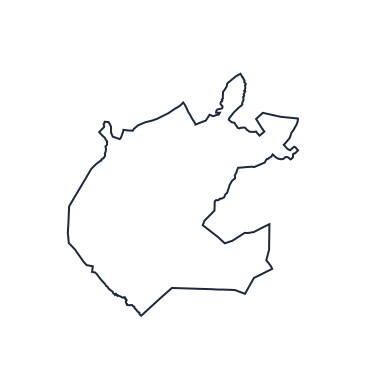 the district of Zurmi, Zamfara, Nigeria, rotated 137°
{"feature_id": "59680162B55239717258244", "entity_name": "Zurmi", "entity_type": "district", "adm_level": 2, "iso_a3": "NGA", "parent_name": "Nigeria", "parent_adm1": "Zamfara", "projection": "robinson", "projection_center": [6.653, 12.856], "detail": "fine", "context": "isolated", "style": "outline", "palette": "slate", "viewbox_px": 384, "rotation_deg": 137, "n_neighbors": 0, "source": "geoboundaries", "source_scale": "gbopen_adm2", "svg_char_len": 4177}
<svg xmlns="http://www.w3.org/2000/svg" viewBox="0 0 384 384"><g transform="rotate(137 192 192)"><path d="M137.4,263.5L140.8,263.2L144.3,263.7L147.2,264.5L153.4,265.4L155.8,265.8L162.1,267.7L167.9,269.4L170.4,270.6L171.3,270.9L171.8,271.1L177.3,274.1L178.7,274.9L186.2,277.6L191.6,277.8L193.5,277.2L197.3,281.2L199.7,284.2L201.7,282.9L207.1,280.1L208.8,280.0L212.2,286.5L210.8,290.5L206.6,295.1L205.3,299.9L207.9,302.9L209.4,302.0L210.3,302.0L211.7,299.5L219.1,299.1L219.1,294.9L218.8,291.0L219.3,289.4L219.5,287.8L219.5,286.9L220.0,286.7L220.7,285.7L221.8,284.6L224.4,284.2L225.6,282.0L227.9,280.2L229.3,279.7L229.9,278.8L231.1,277.6L231.9,277.5L234.0,277.0L235.1,277.6L235.8,277.7L236.8,276.9L237.1,277.2L242.9,277.8L249.8,277.6L291.7,265.3L302.5,254.6L310.7,246.8L316.9,238.7L316.8,229.9L318.9,214.7L318.9,210.3L315.2,205.3L319.6,201.7L317.8,199.3L317.6,197.1L318.3,190.7L318.4,183.6L318.9,181.8L318.4,180.2L318.8,178.7L318.8,177.5L318.5,175.5L318.0,173.2L318.5,172.2L318.6,171.5L318.5,170.8L318.2,170.4L318.5,169.4L317.1,169.4L317.1,168.7L317.5,168.0L317.3,166.8L317.0,166.8L316.7,167.2L316.5,166.8L316.1,165.5L315.6,164.5L315.2,163.3L314.9,162.3L314.2,161.4L313.4,161.4L313.1,161.1L312.8,160.6L313.1,159.5L313.8,159.2L313.8,158.7L313.4,157.8L313.9,157.2L314.7,157.1L315.3,156.9L315.8,155.9L316.0,155.2L315.9,154.5L316.2,154.2L316.5,154.0L316.5,153.6L316.3,153.3L315.4,152.3L314.7,151.7L312.8,150.0L313.0,148.6L312.6,148.1L312.6,146.9L313.2,146.3L313.1,145.1L313.1,143.3L313.3,141.9L313.2,140.8L312.7,139.7L313.7,138.6L313.5,136.2L310.2,136.1L306.9,136.1L285.6,135.9L272.1,135.5L254.2,117.7L244.5,108.1L239.9,103.3L235.1,98.7L227.5,91.1L222.7,81.4L205.4,86.9L185.8,81.1L185.0,83.2L184.5,87.0L184.2,91.4L175.0,97.2L157.3,115.7L160.7,116.7L166.0,118.3L174.2,120.6L179.1,123.9L181.4,126.2L188.6,127.5L195.7,128.8L203.0,132.1L203.5,138.2L203.7,141.2L204.0,143.2L206.8,160.4L202.5,162.5L188.2,163.1L181.7,169.7L179.8,169.6L179.5,169.0L179.2,168.6L178.4,168.3L177.7,167.9L177.1,167.9L176.6,168.2L176.2,168.1L175.7,167.7L175.3,167.3L174.7,166.9L172.2,166.2L171.1,166.6L169.8,167.3L168.7,167.5L166.7,167.5L159.6,171.5L155.2,172.9L151.3,172.6L150.4,173.3L149.6,174.8L146.6,175.9L144.7,176.9L141.8,178.3L131.3,170.0L129.4,167.8L118.9,164.0L114.9,165.1L114.1,164.4L113.1,164.4L112.2,164.4L111.2,164.0L110.0,163.7L107.4,164.5L107.3,163.5L107.2,161.9L107.0,160.1L106.5,158.2L105.6,156.6L104.3,155.0L102.8,154.0L101.5,153.8L99.9,153.8L98.8,153.0L98.1,151.8L98.0,150.8L97.7,148.6L97.0,148.4L95.7,148.5L94.9,148.5L94.1,148.9L93.8,149.1L93.0,150.1L92.3,150.7L91.7,150.8L90.8,150.4L90.4,150.0L86.1,150.1L85.9,153.3L86.0,154.7L86.4,155.4L91.9,155.7L92.8,158.7L92.7,163.9L91.2,164.0L84.9,164.7L83.5,165.0L78.8,167.5L75.9,168.0L69.6,170.0L66.5,171.6L64.4,173.5L75.6,186.2L76.7,187.7L86.2,201.6L95.3,201.7L97.2,192.1L97.9,186.8L104.2,187.2L104.1,191.2L103.8,192.1L104.0,192.7L105.2,193.2L106.8,194.8L108.7,196.7L109.4,199.9L109.3,202.7L110.5,204.2L111.8,205.0L112.6,205.7L114.0,206.2L114.8,207.7L114.5,209.3L114.1,212.1L113.7,213.6L115.5,216.2L115.8,219.8L114.8,220.5L107.0,221.7L101.0,221.8L95.7,221.6L95.3,222.2L94.7,222.6L93.6,223.4L92.6,223.7L92.0,224.0L91.6,224.4L91.0,224.7L90.6,225.2L90.3,226.0L89.8,226.6L89.1,226.5L88.3,226.7L88.0,227.4L87.7,228.2L86.6,228.4L85.8,228.9L85.5,229.3L84.9,229.2L84.3,229.4L84.2,229.8L84.5,230.4L84.3,230.4L83.4,230.7L82.6,231.3L81.5,232.4L80.9,233.3L80.3,234.0L79.4,234.0L79.0,234.4L78.8,235.3L78.9,236.2L78.9,236.6L78.2,237.1L77.6,237.6L77.4,238.2L77.6,239.0L77.2,239.4L76.8,240.4L76.6,240.8L76.9,241.1L76.9,241.9L76.4,243.1L75.9,245.4L81.3,246.7L92.0,247.4L94.8,245.5L98.8,244.4L100.9,244.1L102.5,242.6L103.3,241.8L104.2,241.0L104.9,240.2L105.6,239.3L107.0,239.4L107.6,238.0L108.0,237.8L108.7,238.0L109.3,238.2L109.9,237.9L110.5,237.5L111.2,236.6L111.2,234.0L111.9,233.1L113.3,232.7L117.0,235.0L118.7,234.9L120.2,233.7L119.1,232.3L117.5,231.0L119.6,230.4L121.5,231.6L124.9,233.0L126.4,236.5L133.4,234.8L135.2,235.7L143.5,239.0L143.2,239.5L143.1,240.0L142.9,240.7L142.4,241.9L142.3,242.7L142.4,243.1L141.9,245.4L141.8,246.2L141.0,248.9L140.1,253.3L138.9,256.8L137.8,260.5L137.6,261.7L137.4,263.5Z" fill="none" stroke="#1e293b" stroke-width="2"/></g></svg>